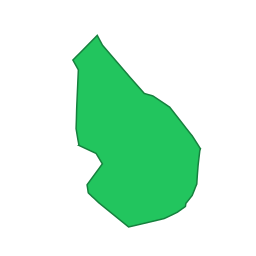 the district of Al Hissn, Sana'a, Yemen, rotated 249°
{"feature_id": "15242507B2313194184175", "entity_name": "Al Hissn", "entity_type": "district", "adm_level": 2, "iso_a3": "YEM", "parent_name": "Yemen", "parent_adm1": "Sana'a", "projection": "mercator", "projection_center": [44.477, 15.021], "detail": "fine", "context": "isolated", "style": "filled", "palette": "green", "viewbox_px": 256, "rotation_deg": 249, "n_neighbors": 0, "source": "geoboundaries", "source_scale": "gbopen_adm2", "svg_char_len": 1093}
<svg xmlns="http://www.w3.org/2000/svg" viewBox="0 0 256 256"><g transform="rotate(249 128 128)"><path d="M78.3,69.3L77.3,69.7L74.8,71.0L68.7,73.9L35.4,93.1L34.4,100.2L30.5,129.3L30.7,132.4L31.3,139.7L31.7,144.0L33.2,149.7L33.5,151.0L34.2,153.5L36.9,155.0L37.6,156.3L38.1,157.1L42.0,163.7L46.6,168.0L48.4,169.6L51.0,172.1L52.3,172.7L58.2,175.4L68.1,180.1L76.9,184.7L81.1,186.9L81.3,187.1L82.6,188.1L82.9,188.3L83.3,188.0L86.1,187.5L90.5,186.6L91.9,186.3L92.0,186.3L97.8,185.1L99.8,184.4L107.2,182.1L112.9,180.4L131.2,174.8L132.5,174.4L148.8,162.9L150.0,161.5L152.1,158.6L154.4,155.6L175.5,147.7L179.1,146.5L179.5,146.3L207.8,136.2L214.6,133.8L217.2,133.5L221.9,132.9L225.5,132.5L222.9,126.8L219.5,119.3L218.4,116.9L216.4,112.5L214.9,109.2L213.4,105.7L211.2,100.9L200.1,102.5L167.0,88.1L164.2,86.9L153.8,82.6L146.0,79.3L135.3,77.1L132.5,76.6L129.4,76.0L129.4,75.9L115.7,89.1L113.5,89.5L103.7,91.2L103.3,90.6L103.2,90.4L100.3,86.0L98.6,83.3L89.9,69.8L89.6,69.4L84.0,68.2L83.3,68.0L81.7,67.7L80.3,68.3L79.7,68.6L78.5,69.2L78.3,69.3Z" fill="#22c55e" stroke="#15803d" stroke-width="1.5"/></g></svg>